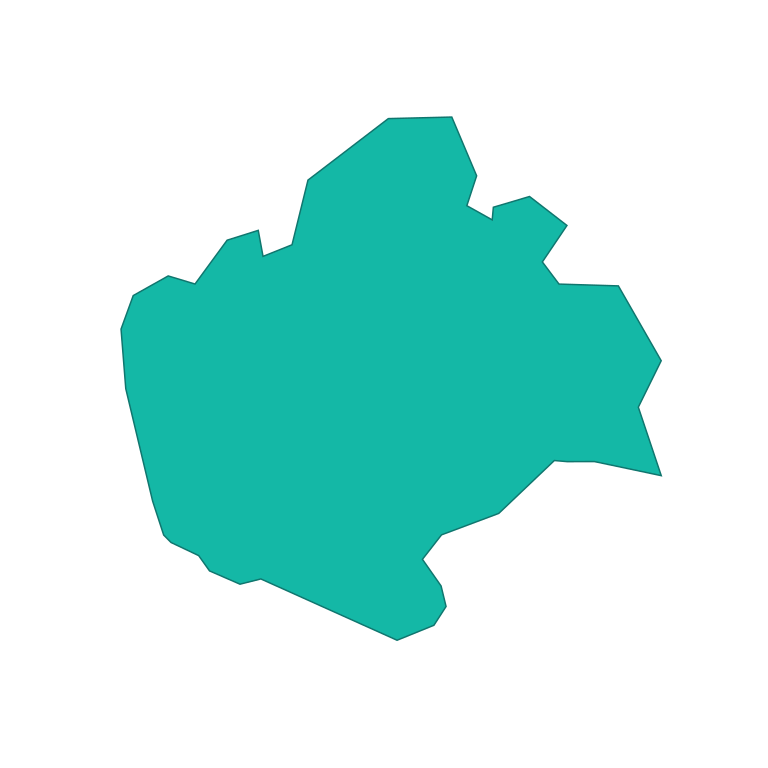 the district of Melut, Upper Nile, South Sudan, rotated 246°
{"feature_id": "79223893B2646445325724", "entity_name": "Melut", "entity_type": "district", "adm_level": 2, "iso_a3": "SSD", "parent_name": "South Sudan", "parent_adm1": "Upper Nile", "projection": "albers", "projection_center": [32.581, 10.371], "detail": "fine", "context": "isolated", "style": "filled", "palette": "teal", "viewbox_px": 768, "rotation_deg": 246, "n_neighbors": 0, "source": "geoboundaries", "source_scale": "gbopen_adm2", "svg_char_len": 687}
<svg xmlns="http://www.w3.org/2000/svg" viewBox="0 0 768 768"><g transform="rotate(246 384 384)"><path d="M600.1,554.5L600.3,554.5L624.7,495.9L601.2,397.5L548.6,356.6L549.8,325.4L575.5,331.6L579.2,299.2L552.2,252.0L570.5,230.8L566.8,190.9L541.1,166.1L484.8,146.2L371.1,125.0L335.6,121.3L325.8,125.0L302.6,144.9L284.2,148.6L259.7,171.0L256.0,192.2L144.6,291.7L143.3,331.5L155.5,350.2L176.3,354.0L208.2,347.8L222.8,375.2L219.1,436.2L244.8,508.5L238.6,519.7L227.6,544.6L187.5,600.0L259.4,606.9L292.5,646.7L378.3,638.0L404.1,584.5L431.1,578.3L454.4,615.6L496.1,593.2L501.0,555.8L489.9,549.6L513.2,532.2L536.5,553.3L600.1,554.5Z" fill="#14b8a6" stroke="#0f766e" stroke-width="1.5"/></g></svg>